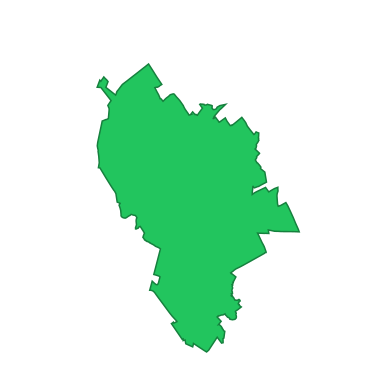 Tarimoro, Guanajuato, Mexico (Natural Earth projection), rotated 148°
{"feature_id": "50627088B52975433563900", "entity_name": "Tarimoro", "entity_type": "district", "adm_level": 2, "iso_a3": "MEX", "parent_name": "Mexico", "parent_adm1": "Guanajuato", "projection": "natural_earth1", "projection_center": [-100.75, 20.293], "detail": "fine", "context": "isolated", "style": "filled", "palette": "green", "viewbox_px": 384, "rotation_deg": 148, "n_neighbors": 0, "source": "geoboundaries", "source_scale": "gbopen_adm2", "svg_char_len": 5904}
<svg xmlns="http://www.w3.org/2000/svg" viewBox="0 0 384 384"><g transform="rotate(148 192 192)"><path d="M122.2,101.4L121.6,104.2L120.7,110.8L119.7,116.7L118.8,123.6L118.1,129.5L118.0,133.3L123.9,133.6L126.4,134.2L126.1,135.5L125.8,136.5L123.5,140.9L122.0,143.7L120.8,145.3L119.9,146.1L118.6,147.2L118.4,147.5L117.7,148.9L116.7,150.5L120.2,151.2L124.6,151.4L126.8,151.4L127.1,154.8L127.2,156.9L136.7,158.0L139.4,158.2L142.2,158.0L140.7,160.3L139.1,162.2L137.1,164.9L137.3,163.7L137.1,163.0L136.8,162.4L133.5,161.8L132.5,161.4L130.6,161.4L123.6,160.9L119.7,170.3L121.5,175.5L120.4,176.6L120.5,177.2L120.4,177.4L120.5,178.4L121.0,181.9L121.4,182.2L121.3,185.6L118.9,186.8L118.5,187.8L114.3,188.9L114.2,189.0L115.7,195.0L115.0,195.0L114.5,195.3L112.8,196.9L112.6,197.9L111.6,198.6L110.2,199.1L107.8,200.5L107.8,201.2L107.3,202.1L106.9,202.3L106.8,203.2L106.5,203.4L106.0,203.9L104.1,206.7L104.9,207.6L105.8,209.0L108.9,207.7L109.0,207.4L109.8,214.3L109.9,215.4L110.1,217.6L110.2,218.3L110.1,219.3L109.7,222.3L109.8,224.8L110.2,228.9L117.5,227.9L122.7,227.3L122.6,227.7L124.4,228.0L124.8,233.5L124.5,237.2L132.0,236.7L132.1,236.8L132.0,237.5L132.4,241.9L132.4,242.9L132.5,243.1L133.3,242.9L134.4,242.8L134.9,242.9L135.0,243.0L133.0,244.4L124.6,247.1L123.7,247.2L123.3,247.2L117.1,248.5L122.6,250.5L125.8,250.6L127.0,249.8L128.0,249.7L128.9,249.9L130.0,250.4L130.3,250.6L130.3,251.1L130.6,252.3L130.5,252.7L130.4,252.7L129.2,254.4L129.2,254.6L129.9,255.5L131.9,257.5L132.2,258.1L132.7,258.2L133.5,258.2L133.8,258.3L135.2,259.0L135.4,259.2L135.4,259.9L135.4,260.1L135.9,260.3L136.6,261.0L137.0,261.1L137.6,261.7L137.9,261.7L138.2,262.2L139.0,262.2L138.9,259.2L138.7,257.6L144.9,255.1L146.8,254.2L146.9,254.3L147.0,254.5L147.2,254.8L147.3,255.2L147.6,255.8L148.2,255.9L148.4,256.0L149.0,259.6L152.1,258.5L151.9,258.3L153.7,258.7L153.8,259.9L153.7,260.5L154.0,265.6L153.9,268.0L153.6,269.8L153.9,275.8L154.2,277.8L154.8,280.9L155.2,284.4L155.8,285.1L156.9,285.5L157.4,285.5L157.9,285.8L159.1,286.0L161.3,285.5L163.8,285.3L165.0,285.1L168.5,284.3L168.8,287.0L169.0,287.7L169.1,287.9L169.6,288.1L169.3,289.0L168.8,292.0L168.6,295.8L168.2,300.2L166.5,299.7L165.9,299.2L165.2,299.1L164.0,299.0L163.3,299.2L160.6,299.2L160.9,308.0L160.9,316.3L161.0,323.6L166.0,323.0L167.2,322.9L188.8,320.6L194.1,320.1L201.7,317.2L201.7,317.3L202.0,317.2L202.6,316.9L202.9,316.5L203.2,316.5L203.6,315.9L204.0,315.6L205.4,314.7L209.6,326.4L204.7,330.1L204.9,332.2L205.5,334.5L205.8,336.3L210.7,334.2L210.9,335.7L216.9,331.1L213.9,328.9L212.2,312.4L217.5,310.0L218.1,306.6L219.1,305.1L224.0,298.6L226.2,298.8L226.7,299.1L229.9,299.6L230.5,299.8L245.8,283.9L247.9,281.3L248.8,279.1L249.4,277.1L250.1,276.3L252.1,271.8L255.2,265.9L258.5,262.2L257.3,261.2L257.5,249.3L257.5,239.8L257.4,235.2L257.2,233.7L257.4,230.9L260.8,223.1L259.0,220.5L260.8,219.5L261.5,216.4L262.3,214.0L264.1,210.5L264.7,209.6L264.9,208.5L264.2,206.9L263.3,205.9L262.4,205.2L261.2,205.0L258.2,205.2L257.4,205.0L257.0,205.0L255.8,205.3L255.5,205.3L254.0,203.5L252.4,202.0L252.3,199.5L253.6,198.5L254.5,197.4L255.0,196.6L256.4,193.7L257.5,192.7L258.8,191.7L259.4,190.6L258.6,190.1L257.8,190.1L257.1,189.9L256.6,189.9L255.9,190.3L255.3,190.4L254.2,190.3L254.1,188.8L254.1,185.8L253.9,185.1L254.2,184.1L254.0,183.0L254.1,182.3L254.9,181.9L255.1,181.6L256.2,180.9L256.8,180.2L257.3,179.9L257.6,179.7L257.7,179.4L257.5,178.6L257.5,177.5L257.6,176.9L257.6,176.4L257.4,176.1L257.1,176.0L257.0,175.9L257.0,175.7L257.1,175.3L256.8,175.0L256.6,174.7L256.5,174.0L256.0,173.7L255.6,172.9L255.2,172.7L254.9,171.6L254.9,171.4L254.5,171.3L254.4,171.1L254.3,170.6L254.1,170.1L253.7,169.3L253.3,168.9L252.9,168.0L252.6,167.6L252.5,167.2L252.1,166.4L251.8,165.4L250.1,163.0L249.3,161.6L248.9,160.5L268.1,142.3L266.9,141.0L264.7,138.4L264.1,137.0L268.6,132.7L269.0,132.5L269.9,131.9L270.7,131.8L271.5,132.6L272.1,134.1L273.0,137.5L279.9,131.1L279.5,130.9L278.4,129.9L277.8,129.1L277.4,128.3L277.2,127.6L277.0,126.7L276.9,125.8L276.8,123.7L276.5,119.5L276.4,118.4L275.1,101.7L274.6,97.2L273.3,90.3L273.5,90.0L274.3,90.2L276.9,90.4L276.8,91.5L277.7,91.3L279.2,91.3L278.4,72.4L277.4,72.2L278.3,70.7L276.3,70.1L277.7,66.6L273.5,60.3L271.9,61.8L271.0,62.8L267.9,56.0L265.4,50.6L264.4,48.6L261.7,49.0L247.6,55.5L247.0,48.2L245.5,47.7L243.4,51.2L242.4,51.2L238.0,56.5L238.2,56.8L238.4,57.0L238.6,57.6L238.5,58.7L238.6,58.9L238.5,59.8L238.7,60.5L238.4,61.0L238.5,61.7L238.4,62.4L238.8,63.8L239.1,65.2L239.4,65.4L239.7,65.5L235.8,66.9L236.9,72.7L236.4,72.7L235.4,73.1L235.3,72.7L232.9,72.2L232.3,72.1L231.2,71.5L230.8,71.3L228.6,71.2L228.8,70.2L228.4,68.7L228.2,67.1L227.5,66.0L227.1,65.1L227.1,64.5L227.3,64.0L225.4,62.2L223.2,61.3L222.6,61.3L222.1,61.5L221.5,61.6L220.8,62.2L220.5,62.6L220.1,63.4L219.9,64.5L219.5,65.0L219.2,65.3L218.9,65.5L218.6,65.9L218.8,66.7L218.7,67.1L218.4,67.8L214.6,68.0L212.8,68.3L212.7,68.2L211.1,68.4L211.6,69.7L212.0,71.2L211.6,71.5L212.1,72.5L211.9,72.9L210.8,73.4L210.8,73.7L209.7,74.4L208.9,74.1L208.7,74.8L208.9,75.2L209.0,75.9L209.4,76.1L209.9,76.0L210.7,76.2L211.0,76.1L211.9,76.8L212.1,77.2L212.4,77.4L212.7,77.4L212.9,77.6L212.9,78.1L212.7,80.4L212.9,80.8L212.8,81.3L213.0,81.8L212.9,82.2L213.4,82.9L213.7,82.9L213.7,83.3L213.1,83.3L212.7,83.4L212.8,83.6L212.5,83.9L212.6,84.8L211.4,84.7L211.4,84.9L210.7,85.8L210.7,86.1L210.7,86.7L210.5,87.3L210.1,87.5L209.4,88.4L209.1,88.6L208.5,88.9L208.1,89.8L208.1,90.3L208.0,90.6L207.8,91.0L207.4,91.2L206.9,91.4L207.0,92.2L206.5,92.0L205.0,93.9L204.8,93.9L204.7,93.6L204.2,94.1L199.8,96.7L201.6,101.8L201.8,101.7L202.0,101.9L202.1,102.9L199.2,103.1L197.5,103.4L195.3,103.5L190.7,103.0L187.7,102.8L163.1,101.6L162.5,101.9L162.4,101.9L161.8,101.7L161.5,101.4L161.0,101.6L160.0,106.0L159.7,107.5L159.5,109.7L159.4,111.9L158.4,120.3L158.2,122.4L152.2,118.3L151.7,118.1L148.8,116.1L147.4,119.4L142.7,114.9L139.8,113.0L137.3,111.2L126.6,104.4L122.2,101.4Z" fill="#22c55e" stroke="#15803d" stroke-width="1.5"/></g></svg>